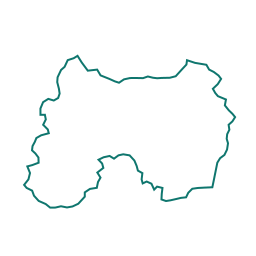 outline of Tio Hugo, Rio Grande do Sul, Brazil, rotated 86°
{"feature_id": "56859067B27913775705239", "entity_name": "Tio Hugo", "entity_type": "district", "adm_level": 2, "iso_a3": "BRA", "parent_name": "Brazil", "parent_adm1": "Rio Grande do Sul", "projection": "albers", "projection_center": [-52.596, -28.583], "detail": "fine", "context": "isolated", "style": "outline", "palette": "teal", "viewbox_px": 256, "rotation_deg": 86, "n_neighbors": 0, "source": "geoboundaries", "source_scale": "gbopen_adm2", "svg_char_len": 1657}
<svg xmlns="http://www.w3.org/2000/svg" viewBox="0 0 256 256"><g transform="rotate(86 128 128)"><path d="M106.4,28.3L102.5,36.1L99.2,38.5L94.8,40.6L90.5,35.4L85.5,31.7L82.0,34.0L78.1,38.5L75.4,43.0L70.4,45.4L67.7,56.6L64.5,64.4L68.8,65.3L73.0,69.8L79.7,76.8L80.8,82.8L80.4,90.9L80.4,95.4L79.6,99.6L78.0,104.6L79.3,109.5L78.7,116.3L78.3,122.5L79.2,128.6L82.2,133.8L80.6,137.8L77.7,143.2L73.6,151.7L67.6,154.7L68.0,164.1L59.4,169.6L52.5,173.3L54.6,177.3L56.1,183.4L62.6,187.0L65.4,190.7L69.1,192.8L72.5,194.7L77.3,195.4L83.9,194.2L88.9,193.8L93.2,195.6L95.4,200.1L93.4,205.5L96.3,210.9L102.5,214.0L108.7,214.4L109.0,210.0L113.7,209.4L118.9,212.4L123.9,208.1L127.7,207.4L129.2,215.1L131.6,220.1L135.3,221.9L139.4,224.5L143.6,225.3L146.9,222.2L151.2,219.4L156.4,219.6L158.3,226.0L159.3,231.1L166.1,228.9L172.3,230.9L177.5,235.6L180.7,233.3L183.8,228.0L189.0,226.5L194.5,222.2L198.1,215.4L202.0,211.2L202.3,206.0L201.4,200.3L203.0,194.4L202.4,188.8L200.1,182.9L193.5,175.9L189.2,175.6L186.1,170.2L185.5,163.3L179.8,161.7L175.6,158.9L170.3,161.7L166.1,155.4L161.6,156.3L157.6,159.6L155.5,154.4L154.6,148.3L157.6,144.1L154.6,139.4L153.9,134.6L155.4,128.3L160.9,123.9L166.5,122.0L171.2,121.1L174.0,116.8L180.2,118.0L184.3,117.2L182.7,113.1L185.2,108.5L191.3,106.2L188.5,103.1L190.2,97.8L195.9,98.9L201.6,99.6L203.5,95.2L203.1,90.7L202.2,84.9L201.4,80.1L201.2,74.9L196.8,72.4L193.1,68.1L192.7,62.7L192.8,56.2L193.0,48.0L186.6,46.2L174.6,42.9L168.8,41.3L164.5,38.2L161.6,33.7L156.4,30.7L150.2,29.3L145.7,30.3L141.1,29.5L136.8,27.0L131.8,27.4L128.7,23.4L124.6,20.4L121.3,22.7L117.4,26.2L112.2,29.8L106.4,28.3Z" fill="none" stroke="#0f766e" stroke-width="2"/></g></svg>